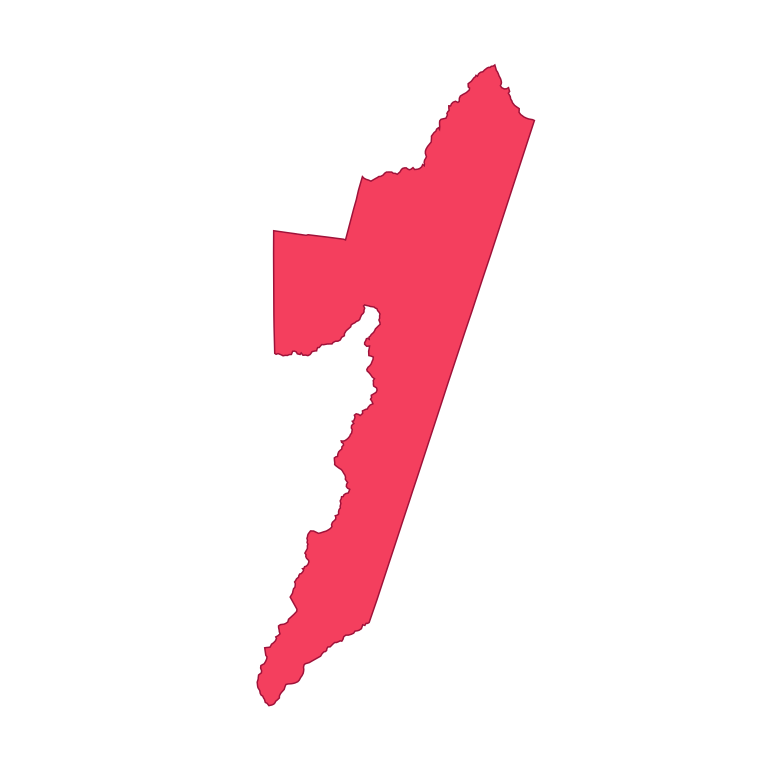 the district of Jaru, Rondônia, Brazil, rotated 330°
{"feature_id": "56859067B25021764708430", "entity_name": "Jaru", "entity_type": "district", "adm_level": 2, "iso_a3": "BRA", "parent_name": "Brazil", "parent_adm1": "Rondônia", "projection": "mercator", "projection_center": [-62.677, -10.648], "detail": "fine", "context": "isolated", "style": "filled", "palette": "rose", "viewbox_px": 768, "rotation_deg": 330, "n_neighbors": 0, "source": "geoboundaries", "source_scale": "gbopen_adm2", "svg_char_len": 6171}
<svg xmlns="http://www.w3.org/2000/svg" viewBox="0 0 768 768"><g transform="rotate(330 384 384)"><path d="M639.5,163.1L637.6,163.3L635.7,162.5L634.3,162.9L632.9,162.1L631.4,161.9L628.2,162.3L625.8,163.0L623.4,162.3L621.0,162.7L618.8,164.2L618.0,162.7L616.8,163.6L615.0,163.8L611.0,165.5L607.0,166.0L605.5,168.9L606.1,170.4L604.9,172.0L601.0,172.8L599.6,172.8L597.3,172.7L594.1,172.8L592.2,174.1L590.4,176.9L588.8,177.1L587.3,174.9L584.8,174.5L582.5,175.1L580.7,176.5L579.2,175.5L578.0,177.7L577.1,179.7L575.6,180.0L573.7,181.2L573.5,182.7L570.5,184.8L568.5,184.1L565.7,183.3L563.8,184.0L562.8,185.4L561.8,187.2L561.0,188.9L559.4,191.2L559.3,189.3L557.0,189.6L555.3,191.0L553.1,191.3L549.0,193.1L548.2,194.6L545.9,198.0L540.5,200.1L537.9,201.6L536.3,203.0L535.1,205.0L534.4,208.4L532.6,209.6L531.1,210.4L529.6,212.1L529.1,213.6L528.0,215.1L527.2,213.3L525.2,214.8L522.5,215.2L520.5,214.8L517.8,213.6L517.3,211.1L514.6,211.5L513.0,211.1L512.0,209.6L511.3,207.9L509.8,207.1L508.1,206.6L506.4,206.9L503.9,208.3L500.3,209.0L499.1,207.2L497.4,206.2L496.7,204.4L494.8,203.2L492.1,201.7L490.0,201.8L487.7,202.6L485.1,202.6L483.1,201.7L481.5,201.9L479.8,201.8L478.0,201.8L474.1,201.8L472.6,199.7L470.9,197.9L469.6,195.9L469.0,193.6L458.8,203.4L452.2,210.5L445.5,217.0L422.7,240.0L421.5,238.5L408.7,228.7L392.9,216.8L390.9,216.3L365.1,196.1L353.5,216.0L323.2,269.1L317.5,279.3L304.7,302.8L305.4,304.3L307.5,304.7L309.5,307.2L310.7,309.1L312.8,309.8L314.7,311.0L316.4,311.1L318.6,312.1L321.2,310.0L323.0,310.8L324.1,312.5L324.0,314.5L326.1,316.5L327.8,315.7L328.2,318.6L330.5,319.7L332.3,321.4L334.6,321.5L336.0,321.0L337.9,320.0L340.8,320.9L342.2,321.6L343.2,320.5L344.7,319.3L346.1,320.0L349.8,318.7L351.4,319.8L354.9,321.0L359.1,323.3L360.6,322.6L363.3,322.7L365.6,323.9L368.1,324.0L370.7,322.4L373.8,322.4L374.9,320.6L377.8,319.0L383.8,317.8L384.9,316.5L386.7,316.2L389.4,316.4L391.4,316.0L393.3,316.3L395.1,316.0L396.8,314.6L399.2,312.9L401.3,312.4L402.7,311.6L403.7,309.9L405.2,308.7L405.3,306.2L406.8,305.8L408.0,307.1L409.8,308.7L411.0,310.1L412.5,311.2L413.9,312.4L414.5,314.0L415.5,315.1L415.2,317.3L415.6,319.5L415.5,321.4L414.3,322.7L413.1,324.9L411.6,326.0L411.2,328.8L410.5,330.4L408.2,330.9L404.1,332.0L402.5,333.2L400.8,334.1L397.6,334.8L396.3,335.6L394.5,335.9L393.6,337.8L392.8,336.3L391.4,336.0L389.9,337.3L387.9,338.5L387.1,339.9L387.9,342.7L390.5,343.9L389.0,345.8L387.1,347.9L385.1,351.8L386.8,353.4L388.2,355.3L386.7,357.3L385.4,358.2L382.9,360.2L380.8,361.1L378.6,361.5L376.4,362.8L375.9,364.3L376.5,366.1L376.9,367.8L377.2,370.5L377.3,372.2L378.4,374.7L376.4,375.6L375.7,377.3L374.7,378.8L374.0,380.6L375.6,383.6L375.0,385.8L373.0,387.3L367.3,387.4L366.4,389.6L364.7,390.4L364.9,393.0L364.5,395.6L361.5,395.3L358.8,396.2L357.1,397.3L355.5,396.8L353.8,396.7L351.9,396.5L350.8,398.8L347.6,399.4L346.8,397.6L345.0,395.9L342.7,396.2L342.4,398.1L341.4,399.1L339.4,400.7L337.9,400.4L338.1,403.2L336.6,403.3L335.0,403.9L333.7,405.8L333.7,407.6L331.3,410.4L329.8,410.9L328.1,412.2L325.5,413.1L323.7,413.4L321.6,413.5L319.8,412.9L318.5,411.9L318.1,413.3L319.0,414.9L318.4,416.7L316.2,417.3L314.9,419.2L313.0,419.5L310.8,420.1L308.9,421.7L307.5,423.6L306.0,423.0L304.0,423.2L302.8,425.6L302.0,427.5L301.0,429.1L301.4,430.6L302.2,432.5L303.1,434.6L304.1,436.4L304.5,438.1L304.5,441.1L304.6,443.6L304.1,445.5L302.9,447.1L303.0,449.1L303.3,451.1L301.4,452.2L300.1,454.0L300.4,456.1L301.7,458.1L300.2,459.3L298.5,460.5L296.2,459.8L294.0,459.9L292.4,461.1L290.9,460.4L289.6,462.0L287.6,463.3L286.9,465.9L284.9,467.9L284.2,469.6L282.4,470.2L280.9,471.7L279.6,474.0L277.8,474.2L275.9,473.7L275.6,475.4L274.4,477.0L270.2,478.0L268.2,479.6L267.6,481.5L265.5,482.3L263.7,482.5L260.5,482.5L258.1,481.9L256.6,481.6L254.6,481.2L252.6,480.6L251.1,478.4L249.6,476.2L246.9,474.5L243.7,475.8L242.4,476.7L241.4,478.0L240.1,479.1L239.6,481.1L238.1,482.8L238.0,484.7L236.8,485.7L235.5,488.1L233.2,489.5L230.9,490.9L231.1,492.8L230.0,494.3L229.8,496.2L230.5,499.1L230.0,500.5L227.8,502.3L225.6,502.9L223.9,502.5L222.6,503.6L221.1,503.2L221.4,504.9L220.1,505.9L217.5,506.8L216.0,506.4L214.5,507.3L213.4,508.6L210.8,509.0L209.1,510.1L207.6,510.7L207.4,512.5L206.4,514.0L205.1,515.6L203.4,516.0L201.7,517.7L200.2,519.4L196.2,521.6L196.0,535.5L194.7,537.3L190.7,538.5L183.7,540.0L181.7,542.0L179.3,542.2L177.4,542.0L174.0,540.6L171.7,540.8L170.9,542.3L170.2,544.6L169.5,546.1L169.0,548.4L166.1,549.0L163.8,548.9L163.6,550.7L161.4,552.2L158.9,552.9L156.5,553.1L155.1,554.1L153.6,554.9L150.3,553.4L148.8,552.8L147.5,556.0L146.0,559.8L146.2,561.8L145.0,563.4L142.7,565.1L140.3,566.4L138.6,566.3L136.6,566.3L135.1,568.3L134.6,571.2L133.4,572.8L129.9,573.3L128.3,575.4L127.5,576.6L125.1,578.8L123.5,582.4L123.0,584.0L123.1,587.3L122.1,590.2L122.1,592.2L122.9,593.5L122.7,595.8L122.8,597.3L122.0,600.4L123.1,602.1L123.5,605.0L126.4,605.9L128.5,606.1L130.1,605.6L131.6,604.6L133.5,604.3L136.4,603.6L137.5,601.8L139.4,600.5L141.4,599.7L144.8,598.6L147.2,596.4L148.9,595.2L151.0,595.8L153.8,597.2L155.6,597.9L157.5,598.4L160.4,598.7L162.5,598.1L165.1,596.5L167.1,595.6L169.4,594.1L170.8,592.5L171.8,591.1L172.7,589.0L174.3,587.3L176.0,586.9L180.0,587.9L185.1,587.9L193.0,588.0L195.5,586.6L197.9,585.9L199.5,586.4L201.0,586.1L202.3,584.5L204.1,583.7L206.0,584.7L209.5,583.7L212.0,583.2L213.6,584.1L215.4,584.4L217.5,584.5L218.9,585.6L220.8,584.6L222.8,582.7L225.3,582.4L227.7,583.7L230.6,584.4L233.1,584.6L235.3,583.5L237.6,584.4L239.2,584.8L242.1,584.6L245.2,581.9L246.7,583.5L248.9,582.3L250.1,583.1L251.9,583.1L270.3,567.1L283.0,555.7L325.8,517.4L329.0,514.5L341.2,503.6L346.4,499.0L354.8,491.4L368.2,479.5L381.0,468.0L409.9,442.1L424.4,429.1L439.4,415.6L479.3,380.1L496.7,364.8L519.8,344.1L526.9,337.8L540.5,325.8L575.5,294.4L646.0,231.0L644.9,229.4L641.8,226.8L640.2,224.9L638.7,222.7L637.9,220.8L637.1,219.0L636.8,216.2L637.7,214.9L638.8,213.1L637.5,210.5L636.4,208.0L635.9,204.5L636.3,202.7L636.2,200.6L637.1,198.1L637.1,194.3L639.1,193.4L639.4,192.0L640.0,189.6L637.7,189.6L635.7,188.6L634.1,186.2L633.9,183.9L635.7,182.6L636.6,181.4L637.3,179.2L637.6,177.7L637.7,174.5L638.1,172.5L638.3,170.3L638.1,168.6L638.9,165.6L639.5,163.1Z" fill="#f43f5e" stroke="#9f1239" stroke-width="1.5"/></g></svg>